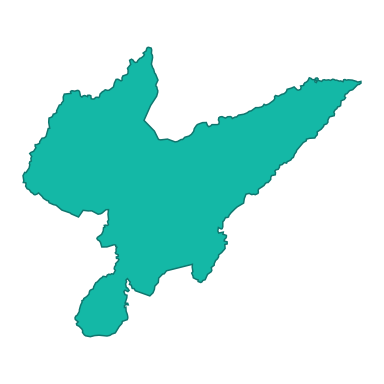 the district of São Sepé, Rio Grande do Sul, Brazil
{"feature_id": "56859067B43674987148244", "entity_name": "São Sepé", "entity_type": "district", "adm_level": 2, "iso_a3": "BRA", "parent_name": "Brazil", "parent_adm1": "Rio Grande do Sul", "projection": "orthographic", "projection_center": [-53.605, -30.207], "detail": "fine", "context": "isolated", "style": "filled", "palette": "teal", "viewbox_px": 384, "rotation_deg": 0, "n_neighbors": 0, "source": "geoboundaries", "source_scale": "gbopen_adm2", "svg_char_len": 5865}
<svg xmlns="http://www.w3.org/2000/svg" viewBox="0 0 384 384"><path d="M290.8,160.0L291.9,158.3L293.4,157.4L294.5,154.2L296.3,151.8L296.6,150.4L303.3,142.5L306.3,140.8L306.4,139.2L309.5,138.3L314.8,138.0L315.8,136.3L317.0,135.2L317.4,133.9L317.1,132.0L321.2,129.2L323.5,126.5L324.1,124.8L326.7,123.9L327.9,122.2L327.9,120.0L329.5,116.9L334.2,115.7L334.5,113.8L333.8,112.1L335.1,109.9L336.9,108.6L337.6,106.9L339.1,106.6L340.6,105.7L341.1,100.8L344.3,99.5L345.6,97.7L344.5,96.4L345.3,94.2L347.0,93.6L349.5,90.7L352.7,89.7L357.6,84.7L359.3,84.4L361.0,83.1L360.9,81.4L357.7,82.1L356.2,81.3L352.2,80.1L348.2,79.8L346.4,80.2L344.9,79.5L343.7,79.8L343.0,81.7L340.6,80.9L339.2,81.1L336.6,80.1L335.3,80.2L334.2,79.5L332.7,79.2L330.4,80.4L328.7,79.8L325.9,80.2L324.3,79.7L322.7,80.1L321.7,81.4L318.0,80.3L318.1,78.8L317.1,77.9L315.5,78.3L314.9,79.8L312.2,79.5L311.0,78.4L309.3,77.8L307.9,80.7L306.3,82.2L305.0,82.6L303.9,84.0L303.6,85.4L300.6,86.0L301.1,87.4L300.6,89.4L298.4,90.2L297.2,89.9L294.1,86.9L291.4,88.1L287.1,89.3L286.7,90.8L285.7,92.4L283.9,93.8L281.8,94.3L278.4,96.2L275.5,95.5L274.5,96.8L274.8,98.5L273.6,100.4L268.7,104.0L265.8,105.1L264.1,104.3L262.9,106.1L261.4,107.0L258.5,107.6L255.7,107.6L251.3,110.8L249.2,111.3L247.2,112.8L243.9,114.2L238.5,115.1L236.6,117.0L235.2,117.0L232.3,118.5L231.6,117.2L230.6,116.6L227.8,116.7L225.4,118.1L222.0,116.6L220.0,116.9L218.8,117.8L218.4,120.0L219.3,121.9L218.8,124.0L217.5,124.6L212.0,124.6L210.7,125.9L208.8,126.7L207.5,125.5L206.3,122.5L202.6,122.6L198.7,124.0L197.3,124.6L196.2,125.8L194.3,128.6L193.7,131.3L191.4,134.4L188.9,136.1L184.9,137.2L182.6,139.5L181.1,139.5L177.5,141.5L175.1,141.9L167.5,139.1L160.5,139.9L158.5,139.4L154.4,131.1L144.0,120.4L150.6,105.5L156.6,96.3L157.7,92.4L157.8,90.7L157.1,88.8L156.9,87.1L155.9,86.0L156.0,84.4L158.0,80.1L155.6,74.2L154.6,73.0L153.6,69.2L152.7,67.8L151.4,64.1L152.6,57.6L152.4,55.4L151.4,53.5L151.7,50.0L151.2,48.1L148.5,47.3L147.3,47.6L146.5,49.1L146.3,50.7L143.1,53.1L144.4,54.5L143.7,55.9L141.3,57.9L139.9,58.3L137.8,60.6L137.1,62.1L135.6,62.5L134.2,61.9L133.0,60.1L131.5,59.2L129.6,60.3L130.7,64.4L127.5,68.3L128.1,70.2L128.0,73.3L127.0,74.5L122.9,75.9L122.0,77.9L122.1,80.2L121.0,80.9L117.9,79.2L116.1,79.4L114.4,83.0L113.5,86.9L109.1,90.2L107.2,90.4L105.6,89.8L104.5,90.2L103.6,91.3L102.5,91.6L100.1,94.0L99.5,96.7L98.6,97.6L97.0,97.2L95.4,97.5L94.6,98.7L93.0,99.1L91.2,98.7L90.8,95.7L89.4,95.2L87.8,95.3L87.5,96.6L84.7,95.5L83.1,95.9L81.9,97.1L80.5,96.0L79.5,91.6L78.6,90.6L77.3,90.4L74.8,91.2L71.9,90.7L70.5,91.5L70.9,93.4L64.3,94.1L63.2,97.0L63.4,100.9L61.6,103.1L61.2,104.5L59.3,105.1L56.6,110.8L56.7,112.6L54.5,113.9L53.3,114.1L52.7,115.8L51.8,117.0L49.0,118.1L48.7,122.3L49.7,128.3L48.2,128.5L46.0,136.5L44.3,137.9L42.0,138.2L39.8,141.5L39.5,143.3L36.9,144.6L35.2,144.6L35.1,146.1L35.9,147.8L34.9,149.3L33.6,151.3L31.0,152.4L29.7,153.5L31.7,156.4L30.9,158.3L31.3,161.0L29.9,161.7L29.3,163.4L29.8,164.7L29.1,168.0L26.0,172.6L24.7,172.4L23.0,175.7L23.8,180.9L23.3,182.5L25.8,182.8L26.0,184.3L25.6,186.1L27.1,188.7L29.4,189.8L31.0,192.2L32.9,193.3L33.8,194.4L35.0,194.8L37.0,194.1L38.5,192.9L42.3,196.6L43.4,198.3L46.8,200.5L48.4,200.8L49.1,202.7L53.4,204.6L56.1,205.2L61.9,210.1L70.1,212.9L71.3,213.9L78.5,217.0L83.1,210.3L88.2,210.9L91.7,210.8L98.1,214.2L100.5,213.8L102.1,213.0L105.9,209.7L108.5,209.6L108.0,214.2L108.6,220.0L107.5,221.5L108.4,224.7L107.4,225.5L105.6,225.1L104.3,225.4L104.9,227.0L103.5,227.7L103.2,231.1L101.6,234.4L97.4,237.4L96.9,238.7L98.1,240.2L99.4,240.8L100.5,242.5L101.8,247.0L107.0,246.9L114.1,244.7L115.7,245.2L115.8,246.7L116.9,247.2L116.0,249.0L116.2,251.5L115.3,252.8L116.1,253.9L118.1,254.6L118.3,256.2L116.3,257.0L116.5,258.4L117.9,258.5L118.9,259.4L118.1,261.1L115.6,263.6L115.8,265.1L114.5,267.0L114.2,268.9L115.4,270.4L113.4,274.0L111.5,273.8L110.3,274.6L108.9,274.2L107.3,275.0L106.4,276.8L103.1,276.3L101.9,277.7L100.4,278.5L97.3,281.9L95.7,282.8L93.7,286.8L93.3,288.8L90.4,290.1L89.6,291.1L88.9,294.3L86.7,296.6L83.8,298.5L83.6,299.8L81.9,300.7L82.1,302.1L80.6,305.3L79.4,309.7L79.3,311.5L77.2,315.2L75.7,316.2L75.0,317.9L75.3,319.5L78.2,321.9L76.4,323.8L76.9,325.2L79.0,326.2L81.9,329.1L82.7,330.7L82.5,332.4L84.3,334.9L85.6,335.8L90.3,336.7L94.5,335.6L99.0,335.2L107.0,336.0L109.8,335.4L112.0,334.0L115.3,332.9L119.2,326.5L121.9,323.5L122.3,321.4L127.3,319.6L127.8,318.0L127.7,316.4L127.3,314.4L126.1,311.1L125.9,307.2L124.5,307.5L124.4,305.8L125.6,304.6L128.2,304.8L127.7,303.3L125.1,303.0L126.8,297.8L127.0,295.2L125.1,294.7L123.8,291.7L125.0,290.2L127.9,291.6L129.1,290.4L127.5,288.0L126.3,287.6L125.6,283.9L126.6,281.8L125.9,280.1L127.4,278.6L130.2,282.1L129.4,284.4L131.3,285.2L132.2,288.4L134.1,288.6L135.3,290.7L149.8,295.9L153.0,292.8L154.4,289.4L154.8,286.2L158.3,282.5L158.7,278.1L162.6,274.1L164.2,273.8L166.5,270.8L192.4,264.3L192.2,267.1L192.9,271.7L191.7,273.1L193.0,276.0L193.3,277.8L196.6,279.5L198.1,279.9L198.1,281.5L200.8,282.5L202.0,281.8L202.8,280.5L205.2,279.7L207.5,274.4L211.1,271.8L211.8,270.5L211.3,267.5L214.2,265.2L214.2,263.7L215.6,260.5L217.4,258.9L218.6,256.8L218.6,254.9L221.6,252.6L225.1,248.5L224.8,244.5L227.2,243.9L227.1,241.8L224.2,241.0L224.4,239.4L225.7,238.3L226.4,237.0L226.4,235.4L222.9,234.2L223.3,232.1L218.7,233.0L217.8,231.0L218.4,227.5L221.2,229.0L222.2,228.6L222.8,226.8L222.8,221.7L224.0,220.5L225.5,217.5L226.8,217.6L228.5,217.0L229.0,215.4L231.1,212.7L234.9,208.9L237.3,206.8L243.6,203.1L244.3,198.6L246.0,194.2L249.2,193.4L251.7,194.6L253.7,194.2L255.3,194.7L258.0,193.4L258.4,192.1L258.1,190.5L258.6,189.1L264.0,185.5L265.4,183.4L266.7,182.6L268.1,182.5L270.7,179.5L270.8,177.1L271.6,175.6L275.3,174.8L275.5,172.5L274.8,171.1L276.0,169.8L278.2,169.3L279.4,167.4L279.7,165.2L282.2,164.6L284.2,162.6L286.6,163.1L287.1,161.8L290.8,160.0ZM314.9,79.8L316.2,80.3L317.0,81.4L316.2,82.6L314.9,81.8L314.9,79.8Z" fill="#14b8a6" stroke="#0f766e" stroke-width="1.5"/></svg>